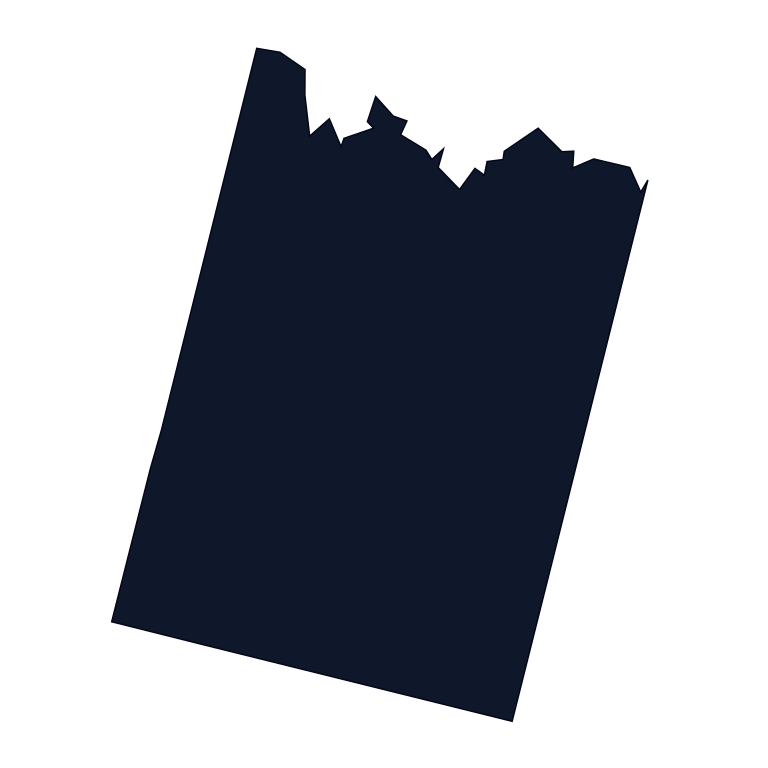 the district of McCulloch, Texas, United States of America, rotated 14°
{"feature_id": "52423323B18546494380839", "entity_name": "McCulloch", "entity_type": "district", "adm_level": 2, "iso_a3": "USA", "parent_name": "United States of America", "parent_adm1": "Texas", "projection": "equal_earth", "projection_center": [-99.373, 31.217], "detail": "fine", "context": "isolated", "style": "filled", "palette": "ink", "viewbox_px": 768, "rotation_deg": 14, "n_neighbors": 0, "source": "geoboundaries", "source_scale": "gbopen_adm2", "svg_char_len": 622}
<svg xmlns="http://www.w3.org/2000/svg" viewBox="0 0 768 768"><g transform="rotate(14 384 384)"><path d="M177.8,523.1L177.3,680.6L273.2,680.7L589.9,680.3L590.7,122.3L586.7,135.7L570.1,114.5L533.1,114.9L514.8,128.7L511.8,112.2L500.4,115.6L471.7,98.5L444.4,129.1L445.2,137.4L430.2,143.2L430.9,157.1L420.1,152.8L410.2,177.0L384.2,160.8L384.8,141.4L376.1,154.6L368.2,147.0L339.8,138.1L342.6,123.2L328.1,121.8L306.4,107.1L304.4,133.5L312.0,138.3L285.8,155.3L284.9,164.1L266.8,139.9L251.9,161.5L237.3,122.7L231.3,98.0L202.8,87.3L179.3,89.1L179.2,482.5L177.8,523.1Z" fill="#0f172a" stroke="#020617" stroke-width="1.5"/></g></svg>